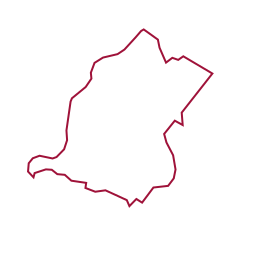 outline of Perry, Tennessee, United States of America, rotated 32°
{"feature_id": "52423323B62285157730678", "entity_name": "Perry", "entity_type": "district", "adm_level": 2, "iso_a3": "USA", "parent_name": "United States of America", "parent_adm1": "Tennessee", "projection": "equal_earth", "projection_center": [-87.883, 35.632], "detail": "fine", "context": "isolated", "style": "outline", "palette": "rose", "viewbox_px": 256, "rotation_deg": 32, "n_neighbors": 0, "source": "geoboundaries", "source_scale": "gbopen_adm2", "svg_char_len": 768}
<svg xmlns="http://www.w3.org/2000/svg" viewBox="0 0 256 256"><g transform="rotate(32 128 128)"><path d="M170.7,37.1L136.9,37.9L134.5,43.6L128.4,45.0L125.6,52.4L112.2,43.2L106.5,37.2L89.1,36.1L87.7,38.8L86.4,47.2L83.4,63.4L80.0,70.9L69.5,81.5L65.1,90.5L67.2,100.8L70.8,105.5L70.4,115.6L64.7,132.5L65.3,136.0L77.1,162.7L82.8,170.6L85.1,179.9L82.8,190.5L80.2,193.8L67.7,198.4L63.3,204.1L62.5,210.5L66.3,217.9L74.0,219.9L72.7,215.7L80.3,206.6L85.5,203.8L92.5,204.6L99.2,201.2L107.9,202.7L121.6,196.7L123.7,201.4L134.0,199.4L141.9,192.8L165.2,189.8L170.6,193.5L172.7,183.8L179.5,183.8L181.1,165.0L192.7,155.8L193.5,146.5L190.3,138.0L180.7,127.2L168.3,119.9L161.8,113.9L163.8,97.0L172.8,96.5L165.4,86.5L170.7,37.1Z" fill="none" stroke="#9f1239" stroke-width="2"/></g></svg>